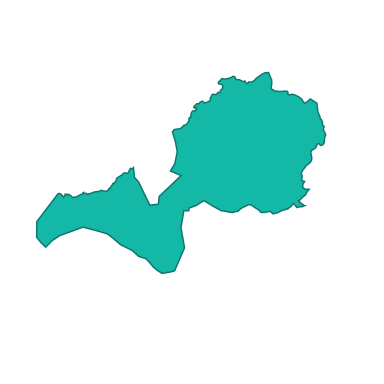 Bayo, Borno, Nigeria (Robinson projection), rotated 235°
{"feature_id": "59680162B41297071563530", "entity_name": "Bayo", "entity_type": "district", "adm_level": 2, "iso_a3": "NGA", "parent_name": "Nigeria", "parent_adm1": "Borno", "projection": "robinson", "projection_center": [11.717, 10.466], "detail": "fine", "context": "isolated", "style": "filled", "palette": "teal", "viewbox_px": 384, "rotation_deg": 235, "n_neighbors": 0, "source": "geoboundaries", "source_scale": "gbopen_adm2", "svg_char_len": 4694}
<svg xmlns="http://www.w3.org/2000/svg" viewBox="0 0 384 384"><g transform="rotate(235 192 192)"><path d="M230.8,40.5L231.5,44.9L232.4,49.1L232.2,58.5L225.8,82.5L215.7,91.1L206.6,98.4L202.3,100.0L189.7,103.3L178.4,109.5L169.8,111.4L163.8,116.0L158.7,116.8L152.5,117.3L147.6,118.7L142.6,120.7L138.8,128.5L137.4,132.5L150.6,153.9L166.5,161.3L169.1,162.5L177.7,171.0L181.4,174.6L181.1,175.2L179.8,176.6L178.5,178.6L180.5,180.5L178.5,187.8L178.4,190.6L178.3,194.8L177.7,197.1L174.9,198.2L168.5,201.0L160.3,205.0L151.9,213.3L151.1,216.1L149.8,218.7L150.3,221.3L150.2,224.9L149.6,227.8L149.2,231.2L147.0,233.2L145.7,233.7L144.3,234.2L143.6,234.4L142.4,234.9L140.3,235.8L138.0,236.6L136.0,236.7L135.4,237.0L135.4,237.6L134.8,238.4L134.0,238.9L132.6,242.0L131.6,244.8L127.5,245.9L125.8,250.8L125.3,254.7L123.7,259.9L123.1,260.6L123.5,262.6L123.3,264.9L123.7,266.1L124.0,267.0L124.4,268.1L124.5,268.8L121.8,268.9L121.7,268.9L121.2,268.9L119.3,269.0L118.8,269.5L118.7,269.9L118.5,270.7L118.1,271.6L117.8,272.2L117.4,272.8L117.2,273.3L116.9,273.6L116.7,274.0L116.6,274.6L116.5,275.4L116.3,275.8L116.2,276.4L116.4,276.2L116.9,276.0L118.1,275.7L119.0,275.4L120.0,275.0L120.9,274.8L122.6,274.3L123.7,273.9L123.5,275.7L124.3,279.7L124.5,282.4L124.6,283.6L126.1,286.0L127.0,289.5L129.5,286.1L131.8,285.5L133.2,285.8L135.0,287.7L136.0,290.3L137.0,289.6L138.6,288.4L140.2,289.7L141.6,291.4L144.2,291.9L145.7,293.7L147.1,297.7L148.0,300.4L148.3,304.1L148.5,306.0L149.3,307.9L150.4,309.1L152.6,310.4L154.9,311.3L156.7,312.3L157.6,314.7L157.1,316.8L157.5,319.0L158.4,320.6L159.4,322.0L159.4,322.9L158.9,323.7L157.5,323.8L156.4,324.0L155.6,326.2L156.5,328.5L158.7,330.3L161.1,332.5L162.0,334.2L164.6,334.9L165.7,335.1L167.2,335.1L168.6,336.1L169.5,337.3L170.0,337.8L171.4,337.5L173.3,337.7L174.2,338.9L175.5,339.2L177.4,339.5L178.3,339.1L179.3,339.5L180.1,339.9L183.6,340.7L185.4,341.1L193.1,345.2L197.0,343.7L200.4,342.2L199.9,338.5L199.9,337.2L199.8,335.7L200.3,335.2L202.6,334.9L204.8,335.2L208.9,334.0L211.7,332.3L213.4,331.2L214.8,329.9L215.2,328.6L215.9,327.3L217.0,326.7L218.4,327.6L219.7,327.9L221.2,326.3L222.4,324.0L223.4,322.4L224.5,320.8L226.0,319.4L227.0,317.6L228.8,317.3L230.0,316.3L231.9,316.5L233.0,317.5L234.3,318.9L235.4,319.8L237.0,320.8L238.5,321.7L240.6,321.9L245.9,323.2L246.9,321.8L247.9,319.8L248.2,317.7L248.3,315.0L248.3,311.9L248.3,309.7L247.5,307.3L247.6,305.8L248.0,303.4L249.6,301.7L249.1,299.7L249.9,299.0L250.8,298.7L251.9,299.0L252.6,299.0L252.8,298.1L253.7,296.6L255.4,296.0L256.9,295.1L258.1,293.4L259.4,292.6L260.4,292.6L261.3,293.2L262.4,292.7L263.2,292.1L263.3,291.2L263.3,289.6L264.2,286.7L266.2,282.7L267.8,281.8L267.2,279.4L267.1,277.8L266.4,276.1L265.2,275.9L263.8,277.4L262.2,278.3L260.6,277.7L259.1,275.9L259.1,274.3L258.7,273.3L257.7,272.6L257.4,271.8L258.7,270.7L257.9,267.7L259.1,266.3L260.2,264.9L260.0,263.6L259.0,262.3L258.3,260.6L256.9,260.3L256.5,258.9L256.7,256.7L257.4,254.0L258.1,253.1L259.6,252.9L260.6,252.5L260.9,249.9L260.3,248.4L261.1,247.2L261.6,246.4L261.1,244.8L261.1,242.8L260.4,242.1L259.2,242.3L258.4,243.9L257.6,243.7L256.7,241.6L257.1,240.4L258.0,239.1L257.6,237.7L256.5,236.0L254.9,234.6L253.9,234.0L254.3,233.0L254.1,231.8L252.2,230.5L251.4,228.7L250.6,226.9L250.8,225.1L251.3,223.6L250.8,221.9L250.7,219.9L250.6,219.1L251.2,217.4L251.8,216.4L252.9,214.2L253.3,212.9L252.6,211.5L252.5,210.4L243.3,207.5L233.4,203.0L225.0,194.1L222.2,187.7L221.5,186.4L211.7,192.5L207.2,162.7L201.3,157.4L205.5,149.9L230.8,154.0L237.4,153.3L240.3,155.1L245.5,158.0L245.2,156.6L246.0,155.8L246.5,155.1L246.2,154.1L245.8,153.3L245.5,152.9L245.3,152.4L244.9,151.7L244.5,150.9L244.3,150.1L244.7,149.3L245.4,148.8L246.2,148.0L246.6,146.8L246.5,145.4L246.0,144.3L246.3,143.1L246.3,141.2L246.5,139.0L246.1,137.5L245.3,136.7L244.7,136.2L244.4,135.8L244.4,135.1L244.1,134.5L244.0,133.6L243.6,133.2L243.5,132.8L244.2,132.7L244.4,132.2L243.7,131.1L242.7,127.8L241.9,127.1L242.2,126.2L242.2,125.5L241.8,125.2L241.8,124.6L241.7,123.6L241.6,122.8L242.0,122.1L242.4,121.5L242.9,120.9L243.6,120.0L244.5,119.4L245.2,118.7L245.7,117.9L245.8,116.9L245.9,115.8L246.5,114.9L247.0,114.1L247.7,112.6L248.1,111.8L248.4,110.3L248.8,108.7L249.3,107.4L249.7,106.2L249.4,105.4L249.8,104.9L250.7,104.9L251.5,104.7L252.0,103.9L252.5,102.8L253.0,102.7L253.8,103.1L254.0,102.6L253.4,101.5L253.5,100.3L253.7,99.2L254.0,97.9L254.0,96.4L254.3,94.6L254.9,93.1L255.5,92.1L256.2,90.9L257.1,90.8L257.9,90.7L258.7,90.5L259.7,90.0L260.4,89.7L261.2,89.4L261.1,88.3L261.4,87.8L262.5,87.7L263.0,86.8L262.2,86.1L261.8,85.5L261.6,84.6L261.3,83.8L263.3,83.8L265.4,83.4L266.6,82.7L267.3,81.9L267.4,81.2L256.8,48.0L244.1,38.8L238.4,39.1L230.8,40.5Z" fill="#14b8a6" stroke="#0f766e" stroke-width="1.5"/></g></svg>